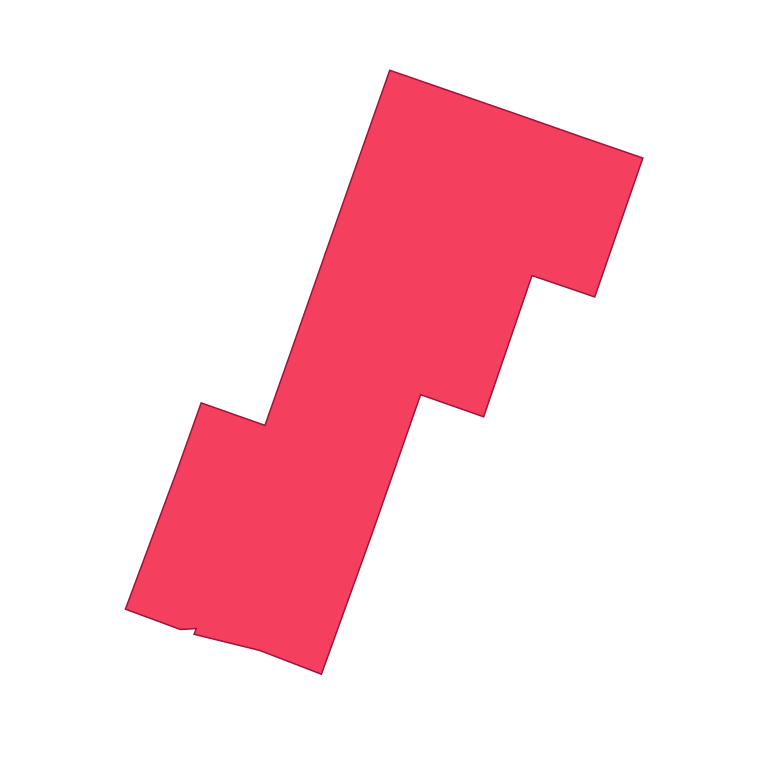 Shawano, Wisconsin, United States of America, rotated 109°
{"feature_id": "52423323B34818409235520", "entity_name": "Shawano", "entity_type": "district", "adm_level": 2, "iso_a3": "USA", "parent_name": "United States of America", "parent_adm1": "Wisconsin", "projection": "natural_earth1", "projection_center": [-88.716, 44.807], "detail": "fine", "context": "isolated", "style": "filled", "palette": "rose", "viewbox_px": 768, "rotation_deg": 109, "n_neighbors": 0, "source": "geoboundaries", "source_scale": "gbopen_adm2", "svg_char_len": 430}
<svg xmlns="http://www.w3.org/2000/svg" viewBox="0 0 768 768"><g transform="rotate(109 384 384)"><path d="M85.5,480.7L279.4,482.0L291.4,482.0L382.1,482.5L461.9,483.1L461.4,550.7L532.8,551.5L681.1,555.2L682.4,496.6L676.4,481.9L682.5,482.1L676.4,414.9L678.8,348.7L532.4,346.6L382.2,345.9L382.6,279.1L233.3,279.4L233.1,213.1L86.1,212.8L86.1,279.3L85.7,346.0L85.5,480.7Z" fill="#f43f5e" stroke="#9f1239" stroke-width="1.5"/></g></svg>